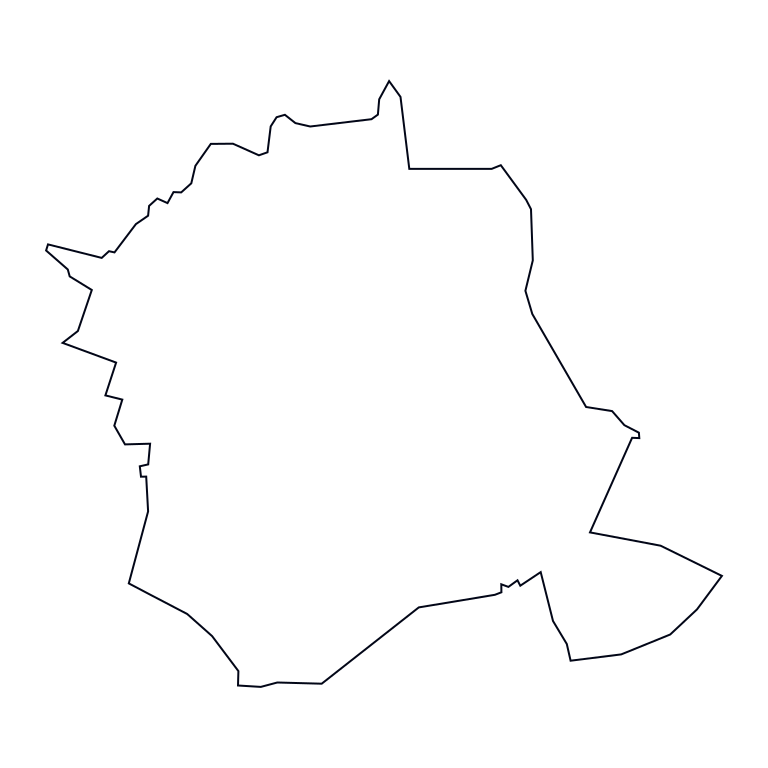 the district of Dundrum Lea-7, Dún Laoghaire–Rathdown, Ireland
{"feature_id": "5873133B72160674948779", "entity_name": "Dundrum Lea-7", "entity_type": "district", "adm_level": 2, "iso_a3": "IRL", "parent_name": "Ireland", "parent_adm1": "Dún Laoghaire–Rathdown", "projection": "orthographic", "projection_center": [-6.254, 53.292], "detail": "fine", "context": "isolated", "style": "outline", "palette": "ink", "viewbox_px": 768, "rotation_deg": 0, "n_neighbors": 0, "source": "geoboundaries", "source_scale": "gbopen_adm2", "svg_char_len": 1137}
<svg xmlns="http://www.w3.org/2000/svg" viewBox="0 0 768 768"><path d="M151.2,595.2L187.2,614.0L212.1,636.1L238.4,671.1L238.0,685.5L260.8,686.9L277.3,682.5L321.7,683.7L418.8,607.4L494.9,594.8L501.4,592.3L501.3,584.3L508.4,586.9L517.5,580.3L520.3,585.7L540.7,572.1L553.0,621.0L566.8,644.0L570.6,660.7L621.2,654.4L670.2,634.5L697.0,609.4L721.9,575.9L660.6,545.7L590.0,532.4L632.1,437.8L639.3,438.1L638.9,432.7L624.4,425.2L612.1,411.1L586.1,407.0L532.3,314.0L525.4,290.8L532.8,260.4L531.0,209.2L526.2,199.9L500.8,165.2L491.6,168.9L409.3,168.9L400.5,96.9L389.1,81.1L379.2,99.3L377.9,114.6L371.5,119.2L310.2,126.5L295.4,123.1L284.9,114.8L276.6,117.2L270.7,126.4L267.5,152.3L258.9,155.3L232.9,143.7L210.8,143.9L195.4,165.8L191.3,183.3L181.2,192.4L173.5,192.1L167.5,203.1L157.3,198.5L149.1,205.9L148.1,215.7L135.9,224.1L114.5,252.4L109.0,251.2L101.7,257.9L48.0,244.4L46.1,250.5L67.8,269.5L69.7,276.4L91.8,290.0L77.9,331.0L62.6,342.9L116.1,362.6L105.4,395.4L122.3,399.6L114.3,425.7L125.0,444.4L150.1,443.7L148.2,464.4L139.8,466.3L141.0,476.7L146.2,476.6L148.1,511.4L128.8,583.4L151.2,595.2Z" fill="none" stroke="#020617" stroke-width="2"/></svg>